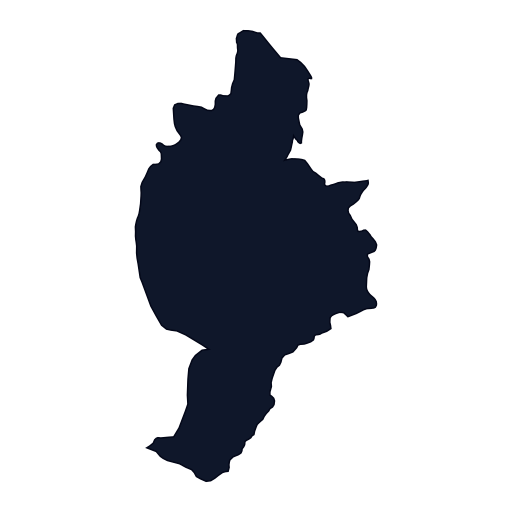 the district of Coatepec, Puebla, Mexico
{"feature_id": "50627088B61937823223292", "entity_name": "Coatepec", "entity_type": "district", "adm_level": 2, "iso_a3": "MEX", "parent_name": "Mexico", "parent_adm1": "Puebla", "projection": "mercator", "projection_center": [-97.728, 20.055], "detail": "fine", "context": "isolated", "style": "filled", "palette": "ink", "viewbox_px": 512, "rotation_deg": 0, "n_neighbors": 0, "source": "geoboundaries", "source_scale": "gbopen_adm2", "svg_char_len": 5173}
<svg xmlns="http://www.w3.org/2000/svg" viewBox="0 0 512 512"><path d="M137.5,218.0L136.6,220.8L135.8,224.4L135.4,226.8L135.6,231.7L135.5,236.1L135.8,239.4L136.3,242.6L136.7,246.0L136.6,253.0L137.1,258.0L138.2,264.1L140.2,277.6L142.1,282.2L150.9,306.1L156.2,315.8L161.6,325.2L166.5,329.1L171.1,330.1L176.9,330.9L185.6,334.8L202.3,344.9L208.9,349.3L202.1,350.2L195.4,355.5L192.2,359.9L188.9,368.6L188.0,378.9L187.4,395.1L187.9,404.1L185.3,411.6L179.1,427.9L173.7,436.9L168.3,437.3L160.8,438.0L157.9,437.7L156.3,438.3L154.7,439.8L154.0,441.4L153.3,443.1L152.2,444.0L149.6,446.1L146.8,447.8L156.3,451.5L160.3,456.3L163.1,458.3L167.4,460.5L179.5,463.7L186.1,467.3L191.6,469.6L194.3,472.6L196.4,476.5L200.5,478.8L206.1,481.3L210.7,480.7L214.8,478.2L218.3,475.4L222.6,472.4L225.4,471.6L228.1,471.3L229.1,467.5L228.9,464.7L229.3,461.9L229.9,459.9L231.7,458.2L233.0,456.9L235.8,455.7L237.9,454.9L239.6,453.9L241.0,452.9L241.9,450.8L242.1,448.8L243.7,446.7L244.6,444.8L244.8,443.0L244.9,441.8L245.4,441.1L246.5,440.3L248.8,439.1L250.8,437.7L252.1,435.7L253.9,434.6L254.6,431.1L255.5,428.6L256.2,426.7L257.2,424.4L259.0,422.6L260.9,420.9L262.7,419.4L264.2,416.3L266.3,413.4L268.7,410.9L269.9,408.7L272.5,407.0L274.0,404.6L274.5,400.9L273.7,398.3L271.7,396.3L269.9,395.0L269.9,391.9L271.4,386.5L271.1,382.6L272.2,378.1L274.9,370.3L277.0,367.1L279.4,365.2L280.9,362.1L281.9,358.1L284.7,354.9L289.4,353.3L292.9,351.9L295.5,349.0L296.7,347.6L297.9,345.1L300.2,344.3L304.3,344.0L306.9,343.2L310.7,341.8L313.4,339.9L314.0,338.2L314.2,336.3L315.2,335.1L316.4,334.7L317.9,334.6L319.9,334.2L321.7,333.1L326.7,331.3L330.9,328.6L330.5,325.4L329.8,322.4L329.9,320.1L330.1,317.7L331.5,315.8L333.5,314.6L335.9,313.5L339.2,312.4L341.7,312.4L343.7,312.7L346.1,314.9L347.9,316.7L356.2,313.5L360.4,311.4L363.6,309.7L366.8,308.6L371.1,308.3L373.1,308.0L373.7,308.0L375.3,307.2L376.3,305.4L376.5,303.9L376.2,301.6L375.2,299.7L374.2,298.4L372.9,297.2L371.0,295.6L369.7,294.4L368.3,292.6L367.4,291.1L366.6,289.2L366.3,286.9L366.5,282.3L366.7,277.8L366.9,276.7L367.6,273.1L368.9,269.5L369.4,264.9L369.6,261.8L369.0,259.2L367.5,256.9L367.3,254.9L367.6,254.0L371.5,252.4L374.1,251.4L375.3,250.1L376.1,248.0L376.5,245.7L376.6,244.9L375.4,241.9L373.2,239.0L371.0,236.6L370.0,234.8L368.6,233.2L367.6,231.9L365.6,230.1L363.7,230.2L362.0,231.1L359.5,231.5L358.1,231.4L357.4,229.9L357.2,227.4L356.2,224.7L354.2,222.1L351.9,219.2L350.2,215.4L348.6,213.2L348.0,210.3L348.4,207.9L350.3,205.9L353.3,204.1L356.6,201.4L358.4,199.7L359.3,198.3L359.8,196.6L360.6,194.6L361.4,193.3L362.6,191.4L363.7,190.0L365.1,188.6L365.9,187.7L366.7,186.6L368.0,184.5L368.3,183.0L368.1,181.3L368.0,180.4L366.6,180.8L362.9,181.2L359.0,181.8L354.5,182.4L351.5,182.2L349.1,182.1L346.6,181.9L344.8,182.1L342.6,182.0L338.1,182.8L335.8,183.7L333.1,184.6L331.0,185.1L328.5,186.1L326.4,186.2L325.1,185.4L324.5,184.1L324.8,182.4L324.8,180.9L324.4,179.6L323.8,178.8L321.8,178.1L321.1,177.5L318.3,175.3L315.8,173.2L312.9,171.5L311.0,169.0L308.9,165.9L307.4,163.7L306.1,162.1L304.7,160.4L302.0,159.6L298.8,159.1L296.8,159.0L295.2,158.9L293.7,158.9L291.8,158.8L290.4,159.0L286.9,159.7L284.6,160.3L286.0,158.3L287.3,156.1L287.9,154.7L288.7,153.4L289.6,151.7L290.3,150.6L290.5,150.1L291.1,147.6L291.8,144.2L292.3,142.1L292.4,140.5L293.0,138.9L293.5,137.0L293.6,135.8L295.6,138.8L297.5,140.6L297.8,141.6L299.0,142.7L300.2,143.4L301.4,142.9L301.4,141.1L301.8,138.0L302.4,134.8L302.8,132.0L302.2,129.1L299.7,124.9L298.8,120.5L298.3,117.8L298.3,115.2L299.9,112.9L302.6,112.1L305.4,110.7L306.2,109.9L306.6,107.6L306.8,104.3L306.9,100.7L306.5,97.7L306.5,94.9L306.9,92.6L307.7,90.7L308.2,88.3L308.8,85.8L309.0,84.0L308.7,82.6L308.3,81.2L308.0,80.2L308.0,79.3L308.3,78.6L309.0,78.3L309.9,78.3L310.6,78.6L311.5,78.6L311.6,77.9L311.0,76.4L307.7,71.1L304.5,66.4L300.9,62.7L297.0,59.7L280.6,57.8L272.3,47.9L268.2,42.9L263.8,37.4L260.2,33.0L257.4,33.0L255.1,32.3L252.5,31.4L250.4,31.1L248.5,30.8L243.3,30.7L239.3,33.2L238.2,33.7L237.6,34.7L237.2,35.9L236.9,37.0L236.4,38.5L236.5,40.0L236.6,41.2L236.6,42.2L237.4,44.0L237.5,45.2L237.5,47.0L237.6,48.5L237.8,49.9L237.8,51.0L237.6,52.2L237.3,53.2L237.1,53.9L236.8,54.4L236.5,55.4L236.3,55.8L235.9,58.1L235.8,62.1L235.3,68.5L234.9,73.5L234.3,79.8L232.6,83.7L231.6,87.6L231.3,90.7L230.9,93.7L229.3,95.2L227.8,96.0L225.3,95.9L223.0,95.8L220.6,95.0L218.7,95.0L217.0,97.1L216.0,98.3L215.3,101.0L215.3,104.5L214.7,107.5L213.5,109.5L211.5,110.6L207.4,110.3L204.1,108.7L201.4,107.2L197.5,106.5L193.5,106.0L187.0,104.7L183.9,104.1L181.2,103.4L177.9,103.5L174.7,104.9L173.3,108.3L173.7,114.7L174.0,119.4L174.5,123.6L175.3,126.7L177.1,130.7L180.5,135.3L181.5,137.3L180.9,139.7L179.1,142.0L177.0,143.6L175.4,144.7L173.3,145.6L170.8,146.3L167.4,146.4L165.6,146.3L163.7,145.4L162.0,143.9L160.1,143.0L158.3,142.9L157.4,143.3L156.4,144.7L156.5,146.0L157.1,147.6L159.0,150.3L160.6,151.8L161.3,153.6L161.4,155.7L161.5,159.1L160.8,161.8L158.6,164.0L155.6,164.4L153.2,164.4L150.6,166.5L148.8,168.9L147.1,173.0L145.3,177.0L143.5,180.1L142.2,182.4L140.9,186.5L141.0,189.8L141.2,192.8L141.1,196.0L140.8,200.7L140.6,203.8L140.0,208.0L139.6,210.8L139.1,213.6L138.3,216.2L137.5,218.0Z" fill="#0f172a" stroke="#020617" stroke-width="1.5"/></svg>